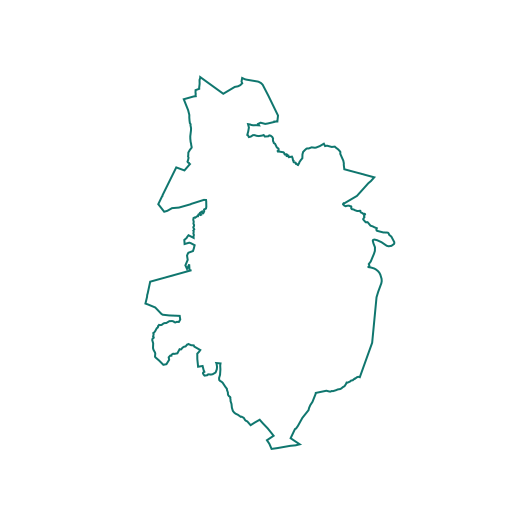 outline of Atlangatepec, Tlaxcala, Mexico, rotated 232°
{"feature_id": "50627088B65405615420244", "entity_name": "Atlangatepec", "entity_type": "district", "adm_level": 2, "iso_a3": "MEX", "parent_name": "Mexico", "parent_adm1": "Tlaxcala", "projection": "albers", "projection_center": [-98.176, 19.547], "detail": "fine", "context": "isolated", "style": "outline", "palette": "teal", "viewbox_px": 512, "rotation_deg": 232, "n_neighbors": 0, "source": "geoboundaries", "source_scale": "gbopen_adm2", "svg_char_len": 6101}
<svg xmlns="http://www.w3.org/2000/svg" viewBox="0 0 512 512"><g transform="rotate(232 256 256)"><path d="M431.3,322.2L430.6,321.6L429.5,319.9L426.3,317.5L423.7,314.9L422.7,314.2L423.9,310.5L421.7,308.7L420.8,308.3L420.1,307.5L419.0,306.9L420.1,305.1L424.0,295.6L412.7,292.3L408.2,290.3L406.2,288.7L403.5,286.9L401.4,285.7L400.1,285.6L399.4,284.9L396.7,283.5L394.9,282.0L390.8,277.9L388.8,276.4L386.1,274.7L384.5,274.0L383.4,273.3L381.3,272.3L380.9,271.7L380.4,269.4L379.2,266.4L376.8,264.4L376.5,263.9L374.9,263.3L373.4,261.5L372.5,260.1L371.6,260.0L370.4,260.5L369.9,260.3L369.1,260.5L367.5,252.3L374.9,247.7L361.4,219.7L360.9,219.3L360.7,218.4L357.0,210.9L347.4,210.9L346.2,213.9L345.4,219.3L341.6,225.1L337.0,236.4L337.0,236.9L332.3,249.5L330.9,251.1L329.7,250.4L325.3,247.1L324.2,245.8L324.6,243.7L323.1,242.7L322.2,240.9L322.2,240.4L322.9,240.2L324.3,240.8L324.5,238.4L324.2,237.7L323.3,238.1L322.3,238.1L322.4,237.5L323.6,236.8L324.1,236.2L323.5,234.9L323.1,234.7L323.6,233.9L323.6,231.7L324.1,231.5L324.4,230.2L323.1,228.8L321.3,228.0L320.0,226.6L318.6,226.3L317.8,225.6L317.4,224.5L317.0,224.1L315.1,223.8L314.6,222.2L313.9,222.1L313.2,221.6L312.4,220.6L310.8,220.0L310.0,218.9L308.7,218.0L313.9,215.6L313.4,213.6L312.9,212.3L312.8,209.4L309.4,207.1L307.6,211.6L306.3,212.5L302.3,214.3L300.1,211.5L298.7,209.4L300.2,204.7L299.6,203.3L298.8,201.9L295.0,199.8L292.1,194.6L288.3,193.7L290.5,198.2L285.6,194.7L284.5,196.4L300.9,156.8L293.2,147.6L292.3,146.3L290.8,144.9L286.6,139.6L284.2,141.1L277.5,144.9L268.6,145.8L267.2,146.3L262.7,150.9L255.8,159.0L252.6,157.2L251.5,154.6L252.9,153.0L253.3,151.5L254.1,150.9L254.8,150.9L255.7,150.4L256.4,149.8L258.0,147.6L258.4,144.1L259.5,142.5L259.8,141.4L259.8,139.2L260.7,137.7L261.4,137.2L261.0,135.5L260.5,135.3L260.1,134.5L260.2,133.3L258.9,130.4L258.4,128.5L258.5,127.6L257.2,127.0L256.0,125.4L254.9,125.4L254.5,124.9L254.6,123.7L253.7,122.5L250.5,121.2L246.9,118.2L245.3,117.5L242.2,117.0L241.2,116.6L238.8,114.4L237.8,114.4L233.2,115.3L227.3,116.0L225.9,118.8L227.7,123.7L229.9,124.8L230.3,127.0L229.6,127.9L229.9,128.1L230.2,128.8L230.0,130.6L229.3,131.1L227.7,134.1L229.6,138.4L228.8,139.0L228.5,139.5L229.0,141.7L228.8,143.5L228.1,144.8L228.6,147.2L228.3,147.6L228.3,148.5L225.6,150.0L223.9,151.9L222.6,151.6L216.2,154.2L215.6,152.2L215.2,149.6L210.9,146.3L204.4,142.2L202.2,146.2L198.4,144.5L196.5,144.0L196.7,142.6L196.2,142.0L194.8,141.7L193.4,141.8L192.1,144.1L192.2,145.5L191.7,145.9L191.0,146.9L190.4,147.3L189.5,149.1L189.1,152.3L189.4,153.0L190.9,155.4L192.7,157.1L195.4,158.6L196.1,158.8L193.2,161.9L191.9,160.5L188.4,158.0L184.5,154.5L182.6,151.8L181.0,150.7L179.6,150.8L178.2,151.4L176.7,151.7L171.8,151.3L169.3,151.3L168.4,150.7L165.7,149.8L164.7,149.0L163.7,148.5L162.4,148.4L160.9,148.8L160.3,148.7L159.9,148.2L158.8,147.7L157.3,146.6L154.5,145.6L151.3,143.6L148.2,142.4L146.2,142.4L144.4,142.8L142.0,144.0L138.6,145.0L138.3,145.7L136.0,146.7L133.4,146.4L132.4,146.6L131.0,147.3L126.0,147.6L125.5,152.7L124.7,158.1L124.3,158.1L119.8,158.4L112.9,159.1L103.5,159.2L104.1,151.2L99.8,150.9L94.4,149.5L91.4,154.7L85.4,166.0L82.4,170.7L80.7,174.5L91.1,171.1L95.6,180.1L95.4,181.4L96.3,184.4L99.9,192.9L102.2,202.5L103.6,204.3L105.1,207.1L106.3,210.7L110.5,217.9L111.3,218.8L106.5,228.5L104.0,230.4L103.3,231.2L103.0,232.5L102.1,233.5L101.0,236.4L100.5,238.3L99.3,240.5L99.1,241.8L99.2,243.6L98.9,245.6L99.7,248.0L100.5,249.5L99.9,250.0L99.8,250.4L99.2,252.7L99.3,254.2L98.5,255.8L98.7,257.3L98.3,258.0L98.6,258.6L98.3,259.5L98.3,261.0L97.9,262.0L97.3,262.8L96.6,263.2L116.1,294.1L149.3,325.6L152.6,330.3L157.3,337.9L158.8,339.6L160.7,340.9L164.8,342.5L167.0,342.9L169.1,342.8L171.6,342.2L173.3,341.5L175.9,339.7L178.0,337.8L178.3,338.0L178.2,338.7L178.3,339.2L179.6,339.8L180.2,339.9L181.0,343.0L185.1,350.3L186.8,352.8L189.6,355.1L193.6,356.3L196.1,357.4L196.5,358.0L196.5,358.4L196.0,359.5L193.8,361.2L189.6,363.4L183.6,365.3L182.0,366.5L180.6,369.0L180.6,369.5L180.5,372.1L180.9,372.8L181.8,373.5L187.9,374.6L190.7,374.0L192.0,374.4L192.9,374.4L193.7,373.8L196.2,370.8L201.3,366.9L201.8,366.8L202.6,367.0L203.5,368.3L205.7,367.0L207.5,366.2L209.4,364.9L213.6,364.8L214.0,364.7L214.4,364.3L214.6,363.6L215.1,363.2L218.3,363.0L219.0,363.1L219.3,363.5L219.8,365.3L220.0,365.5L220.8,365.6L221.2,365.9L221.7,367.6L222.1,367.7L222.7,367.3L223.2,366.4L224.4,366.2L225.7,365.5L226.6,365.5L227.3,366.0L227.6,365.9L228.5,364.2L229.2,363.4L231.4,362.0L232.5,361.6L234.0,360.3L235.0,360.4L236.0,361.4L236.6,361.5L237.4,360.8L238.5,360.2L239.5,358.7L240.0,357.3L241.4,356.6L243.1,356.4L243.5,356.9L243.6,357.7L243.1,358.3L241.2,372.5L244.2,389.4L244.3,392.7L245.2,397.6L270.0,379.0L273.8,381.3L275.0,382.3L277.4,383.5L284.6,385.3L285.9,386.4L286.4,386.6L289.4,386.4L292.0,385.7L293.7,385.4L295.3,382.8L299.2,379.9L300.1,378.1L302.7,378.6L303.3,374.0L304.5,370.0L305.1,369.0L307.4,366.7L308.3,363.7L309.3,362.5L309.5,361.8L309.4,359.9L309.0,357.2L307.5,355.2L304.5,352.7L304.0,350.4L303.2,347.9L302.7,347.3L301.8,345.1L302.1,344.9L303.3,344.8L304.0,344.2L304.7,344.6L305.3,344.6L306.2,343.7L306.8,343.5L307.5,343.7L308.0,344.3L308.7,344.1L310.6,345.1L312.2,345.5L313.6,342.8L315.0,343.3L315.4,342.1L315.9,341.7L316.5,341.9L316.8,342.9L317.2,342.8L317.7,342.4L317.8,341.7L318.2,341.2L318.8,341.2L320.0,341.6L320.8,341.5L324.2,338.4L324.7,337.6L325.4,337.7L325.6,339.1L326.7,339.8L327.4,339.7L328.1,339.4L328.9,339.3L332.6,340.1L334.1,339.6L335.0,340.0L336.1,340.2L337.7,341.3L338.1,341.8L339.8,342.1L341.8,341.6L342.8,340.8L342.9,340.2L342.7,339.7L342.8,339.3L344.7,336.5L346.6,336.5L347.1,335.0L348.8,332.0L350.3,330.5L352.1,329.3L353.1,328.0L353.3,325.4L354.1,323.6L356.3,324.0L356.8,323.7L358.9,326.5L361.6,329.5L364.8,330.9L363.3,332.3L362.1,333.0L360.8,334.2L358.8,336.9L357.1,338.8L358.8,339.0L358.2,341.7L354.4,344.6L353.2,346.8L350.3,353.1L350.6,353.3L349.3,355.0L349.4,355.3L348.9,355.7L353.1,359.8L374.6,364.4L386.9,366.7L389.2,366.4L391.7,365.3L392.5,364.7L400.8,357.1L402.2,356.0L404.8,354.7L402.4,352.0L400.6,351.5L400.3,348.8L400.8,346.3L402.3,343.4L404.0,330.1L431.3,322.2Z" fill="none" stroke="#0f766e" stroke-width="2"/></g></svg>